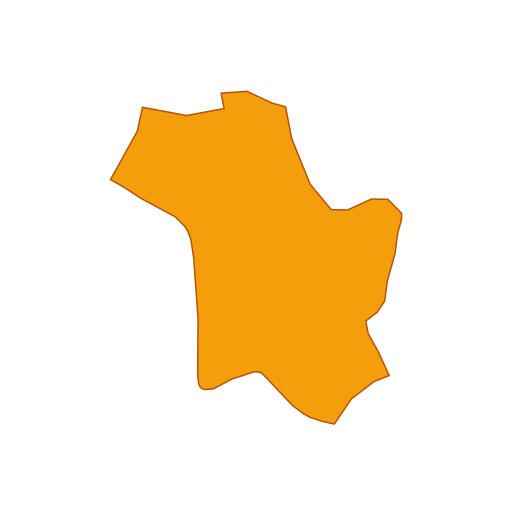 outline of Taedong, P'yŏngan-namdo, North Korea, rotated 124°
{"feature_id": "82179303B2846476233094", "entity_name": "Taedong", "entity_type": "district", "adm_level": 2, "iso_a3": "PRK", "parent_name": "North Korea", "parent_adm1": "P'yŏngan-namdo", "projection": "robinson", "projection_center": [125.569, 39.107], "detail": "fine", "context": "isolated", "style": "filled", "palette": "amber", "viewbox_px": 512, "rotation_deg": 124, "n_neighbors": 0, "source": "geoboundaries", "source_scale": "gbopen_adm2", "svg_char_len": 791}
<svg xmlns="http://www.w3.org/2000/svg" viewBox="0 0 512 512"><g transform="rotate(124 256 256)"><path d="M274.0,419.3L272.9,405.2L272.5,383.2L268.7,345.1L271.3,331.5L273.6,326.4L278.6,319.3L292.9,306.2L340.2,269.1L387.6,237.6L394.1,232.0L395.7,229.2L396.1,225.9L394.9,223.1L389.9,217.0L371.4,207.1L353.3,193.0L350.3,188.3L349.9,185.1L359.5,142.3L360.2,127.8L359.5,120.7L356.0,108.5L351.5,97.1L321.0,97.0L294.0,87.9L280.6,78.7L266.8,101.4L257.6,119.6L248.5,128.7L235.0,124.1L221.5,124.1L203.4,133.1L176.2,142.1L158.1,151.2L144.5,155.7L139.2,159.2L135.3,178.4L144.2,192.1L166.6,205.8L175.5,219.5L166.2,251.3L138.7,292.1L115.9,314.8L120.3,328.5L124.6,355.8L140.5,376.0L151.6,364.9L178.5,392.3L196.2,433.3L218.8,424.2L274.0,419.3Z" fill="#f59e0b" stroke="#b45309" stroke-width="1.5"/></g></svg>